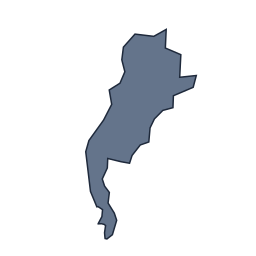 the district of Gourri, Nicosia, Cyprus, rotated 38°
{"feature_id": "46923920B8760055260995", "entity_name": "Gourri", "entity_type": "district", "adm_level": 2, "iso_a3": "CYP", "parent_name": "Cyprus", "parent_adm1": "Nicosia", "projection": "mercator", "projection_center": [33.166, 34.951], "detail": "fine", "context": "isolated", "style": "filled", "palette": "slate", "viewbox_px": 256, "rotation_deg": 38, "n_neighbors": 0, "source": "geoboundaries", "source_scale": "gbopen_adm2", "svg_char_len": 804}
<svg xmlns="http://www.w3.org/2000/svg" viewBox="0 0 256 256"><g transform="rotate(38 128 128)"><path d="M179.7,228.4L181.4,221.7L175.9,207.7L169.6,203.5L158.5,199.4L153.0,190.3L145.3,188.2L139.1,184.0L136.3,172.2L130.8,164.5L143.2,158.9L150.9,154.8L148.1,147.1L148.1,133.8L153.0,126.2L145.3,114.3L143.2,104.6L144.6,92.7L150.9,84.3L143.9,74.6L147.4,68.3L154.3,55.8L149.5,44.6L137.5,56.2L124.5,37.7L108.2,42.0L97.4,26.8L91.9,39.9L75.7,49.7L74.6,67.1L81.1,78.0L82.2,78.9L90.9,85.6L94.1,97.6L89.8,109.6L100.6,119.4L103.9,136.8L104.9,161.9L109.3,172.7L124.5,188.0L137.5,201.1L152.0,209.3L152.8,208.4L158.2,208.0L162.0,213.9L163.4,221.8L163.5,221.9L166.1,219.7L168.7,218.6L170.4,218.7L174.0,225.0L176.8,228.0L178.0,229.2L179.7,228.4L179.7,228.4Z" fill="#64748b" stroke="#1e293b" stroke-width="1.5"/></g></svg>